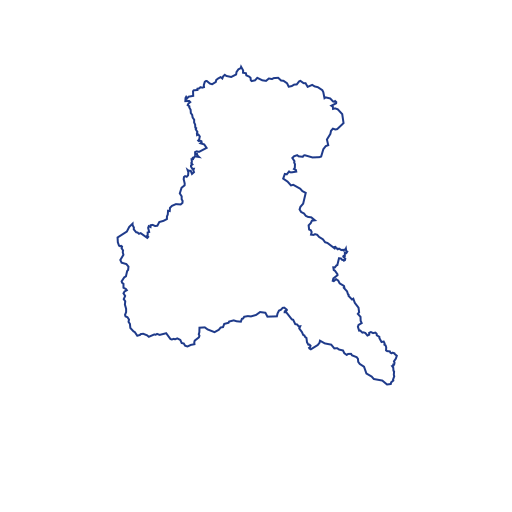 Dak Glei, Kon Tum, Vietnam (Natural Earth projection), rotated 151°
{"feature_id": "81297802B20367953633835", "entity_name": "Dak Glei", "entity_type": "district", "adm_level": 2, "iso_a3": "VNM", "parent_name": "Vietnam", "parent_adm1": "Kon Tum", "projection": "natural_earth1", "projection_center": [107.734, 15.137], "detail": "fine", "context": "isolated", "style": "outline", "palette": "blue", "viewbox_px": 512, "rotation_deg": 151, "n_neighbors": 0, "source": "geoboundaries", "source_scale": "gbopen_adm2", "svg_char_len": 6144}
<svg xmlns="http://www.w3.org/2000/svg" viewBox="0 0 512 512"><g transform="rotate(151 256 256)"><path d="M216.4,99.7L213.3,94.5L212.6,91.3L205.9,85.8L203.7,80.1L200.2,78.7L199.0,80.0L196.3,80.5L196.1,81.4L193.4,83.8L193.1,85.2L191.2,88.1L191.4,89.0L190.1,91.8L190.3,93.7L189.1,93.5L188.6,94.5L187.8,94.1L186.6,95.5L186.4,97.0L183.5,98.4L181.2,100.5L182.2,103.0L182.1,103.8L183.4,105.2L184.6,105.2L185.3,106.2L185.2,107.7L187.4,109.2L188.0,110.4L186.4,113.0L186.0,115.0L186.7,116.2L185.9,117.1L185.8,119.3L187.9,119.9L187.9,124.2L187.3,125.5L188.8,128.1L188.2,129.5L188.7,131.1L191.0,131.8L192.4,133.8L194.3,133.9L195.1,132.3L197.1,132.4L197.7,135.7L199.0,137.1L200.1,137.4L201.0,140.3L202.0,140.7L201.2,144.7L199.7,146.0L196.1,146.1L195.9,148.6L194.1,152.1L195.0,156.0L193.1,156.8L191.4,161.1L192.3,167.1L191.6,171.5L193.1,171.4L194.4,176.3L193.8,177.2L194.1,178.1L193.5,180.9L194.6,185.6L193.9,185.8L193.6,187.2L196.1,191.5L196.0,194.6L197.2,196.9L200.2,196.3L200.9,197.1L199.2,198.9L194.0,199.7L193.6,200.6L194.1,204.9L194.8,206.0L193.9,208.6L192.5,207.8L190.1,208.8L189.3,208.6L184.5,213.8L182.9,212.6L182.5,210.8L181.6,210.2L181.4,209.3L180.2,209.3L179.2,210.4L180.0,213.1L179.4,213.6L178.3,213.0L176.8,215.6L175.7,214.7L174.1,215.6L174.7,216.6L173.8,218.9L174.5,218.4L176.0,218.8L176.6,218.2L177.6,219.6L178.5,219.8L179.7,222.1L181.1,222.2L181.1,223.0L182.0,223.5L182.1,225.5L183.0,225.8L183.7,224.9L187.2,232.8L188.9,234.5L189.4,238.2L191.6,242.1L192.2,244.9L193.8,246.5L195.4,246.5L197.5,248.0L195.7,250.0L195.6,252.0L196.7,253.4L195.1,257.3L192.2,258.2L190.0,259.8L187.2,258.7L188.9,263.0L191.6,265.0L193.0,267.0L193.4,269.9L195.2,272.6L195.3,275.6L193.3,277.5L189.4,278.9L181.9,287.1L184.0,290.3L184.7,293.4L188.9,300.2L191.2,300.8L192.3,305.7L194.7,310.5L191.0,313.8L189.5,312.5L186.1,313.9L185.5,312.6L184.1,311.8L179.9,310.3L179.4,311.8L180.6,313.7L179.3,314.3L177.4,317.4L177.3,319.2L176.4,320.3L176.7,324.1L174.4,324.8L171.1,324.2L170.4,322.5L167.0,320.1L165.7,320.7L164.5,320.5L158.8,314.8L152.6,311.7L150.8,311.4L145.3,316.8L141.7,318.3L139.1,317.9L137.5,323.5L131.8,326.7L129.7,329.1L127.0,330.1L125.3,328.2L123.5,327.6L115.0,329.8L111.8,338.3L113.4,344.7L115.3,346.8L117.3,347.3L116.4,349.4L117.2,350.9L111.9,350.7L111.2,351.7L111.7,353.2L112.8,353.0L113.7,353.8L114.7,357.8L118.1,360.9L119.6,360.8L117.7,366.7L117.6,368.9L120.1,373.7L122.5,375.9L123.9,378.4L128.8,378.9L128.9,383.1L130.6,384.1L132.3,387.7L133.7,387.8L137.2,386.3L139.5,387.4L142.4,387.3L145.3,388.2L145.1,392.0L147.0,395.9L149.0,397.3L150.2,401.1L154.3,403.0L156.2,403.0L158.7,405.0L162.3,404.3L165.3,406.6L168.5,411.2L171.7,410.1L175.0,411.1L175.3,412.4L174.4,414.5L175.0,416.2L176.9,418.7L176.2,420.7L178.5,422.6L177.3,424.5L177.3,428.7L178.3,427.7L180.9,427.8L183.8,426.4L185.4,424.4L190.9,424.6L194.6,427.8L195.5,429.6L197.7,429.0L199.4,427.6L200.2,429.6L203.2,429.6L205.5,429.2L206.8,427.7L211.1,427.5L212.7,429.1L214.2,432.9L214.8,433.3L216.3,433.2L218.8,430.8L219.6,428.9L221.4,429.3L222.8,430.6L224.2,430.1L226.1,430.7L226.7,429.6L230.2,431.1L231.2,430.6L233.3,426.5L237.7,428.0L240.0,427.2L240.0,429.0L241.0,428.4L242.7,425.7L239.3,424.0L238.9,422.5L241.2,422.1L242.6,421.1L241.7,419.2L242.3,418.4L242.3,415.6L243.7,412.6L243.4,410.4L244.3,407.8L244.0,405.2L245.4,402.7L245.5,400.5L246.8,397.8L246.0,396.1L246.8,396.7L247.3,396.0L247.1,392.9L248.2,392.0L248.9,390.3L247.5,390.2L247.2,387.8L249.3,385.4L250.6,385.0L250.3,384.2L249.1,384.0L248.1,382.9L248.4,381.8L249.9,381.5L247.2,378.7L246.8,374.5L255.3,374.7L257.2,376.3L258.9,376.4L259.9,374.4L258.1,373.9L258.5,372.2L257.9,370.3L261.1,372.8L263.3,371.8L263.3,373.3L264.2,371.3L265.4,371.9L266.5,369.3L267.5,368.7L267.2,366.9L268.9,366.8L269.5,365.7L269.4,363.0L268.1,362.4L269.3,361.3L269.6,359.4L272.2,358.8L271.8,362.1L273.7,363.4L274.1,364.4L274.6,362.0L276.3,359.5L278.2,358.9L279.3,360.2L280.7,360.0L282.0,358.3L283.2,354.0L284.2,352.4L288.0,351.8L292.3,347.7L292.1,344.2L293.5,341.7L293.5,339.7L294.6,338.1L296.9,337.6L300.9,340.2L305.2,340.6L307.9,339.8L309.7,337.1L311.0,338.2L313.1,335.0L314.7,333.8L316.0,331.5L319.9,331.6L324.1,332.6L327.6,330.3L329.7,331.1L331.3,333.3L333.2,334.0L334.2,332.5L335.3,334.1L336.7,332.9L337.8,328.8L339.4,329.1L340.5,326.9L341.4,326.5L341.0,325.0L342.3,324.5L345.8,331.9L347.6,332.2L348.2,334.0L349.3,334.8L350.0,338.6L349.0,340.1L349.0,342.8L348.3,344.1L352.8,342.9L357.1,340.0L368.1,339.3L370.2,335.0L370.8,331.5L370.1,330.4L369.1,330.3L368.6,329.2L369.8,327.9L369.6,325.3L370.7,323.9L371.4,321.3L376.6,318.3L376.8,315.3L373.3,311.8L372.7,308.5L374.6,305.8L376.0,305.3L379.6,301.3L381.6,301.2L385.8,299.0L386.1,297.6L385.4,295.9L387.3,292.5L385.8,290.2L385.6,288.7L388.2,288.7L390.0,287.6L389.8,284.5L392.6,282.4L392.3,279.8L394.2,277.1L395.2,272.8L396.8,269.9L399.1,268.0L399.4,266.4L398.1,264.8L397.9,262.0L399.4,260.2L399.2,257.7L400.8,254.0L399.7,249.5L398.9,248.2L398.5,243.8L395.7,243.2L394.8,243.6L392.4,242.7L389.7,239.4L388.9,237.3L383.0,236.7L382.0,235.8L380.3,235.8L378.5,233.7L372.0,232.0L371.1,224.9L370.1,223.8L368.1,223.4L367.2,222.4L364.8,222.1L362.9,219.3L363.2,215.9L361.6,214.5L361.5,211.9L359.8,210.1L356.0,209.8L352.6,208.7L351.8,210.5L350.6,211.7L345.4,212.5L344.1,213.7L344.0,215.3L342.5,216.8L340.2,220.7L335.4,218.4L333.9,215.2L329.2,209.5L324.3,209.5L321.6,210.6L319.3,209.8L316.7,212.0L312.4,210.9L311.3,211.7L306.7,210.5L304.6,208.3L301.1,205.9L298.8,207.9L297.5,207.6L295.8,208.6L292.3,207.4L289.7,205.6L284.5,204.4L279.6,205.0L275.3,201.8L275.4,197.4L267.0,193.1L265.0,195.3L262.4,197.1L260.3,196.9L257.8,197.7L256.3,197.1L255.1,194.1L255.4,193.6L257.6,193.7L258.2,192.9L256.8,192.0L255.4,183.2L254.4,182.2L254.7,177.4L253.2,176.1L252.8,173.7L251.4,173.1L253.3,171.6L252.7,167.1L253.0,164.1L252.2,163.1L252.3,161.4L251.6,159.9L253.2,155.9L253.2,153.0L252.2,152.6L251.8,151.1L253.0,150.0L254.1,149.9L254.1,149.2L253.3,147.8L245.2,148.2L242.5,149.3L241.1,150.9L238.2,146.2L233.2,142.0L232.3,137.2L229.7,136.0L228.7,133.9L225.7,131.2L225.9,128.2L224.6,125.5L222.9,125.7L220.3,124.3L220.2,122.6L217.0,118.7L216.7,116.6L217.9,113.9L217.6,111.3L215.2,106.8L216.4,99.7Z" fill="none" stroke="#1e3a8a" stroke-width="2"/></g></svg>